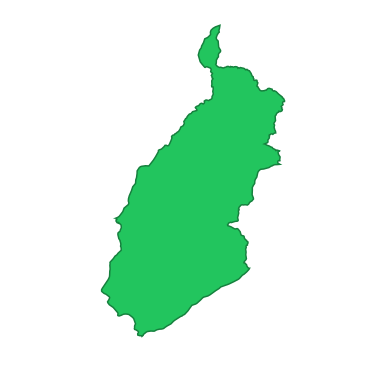 outline of Supia, Caldas, Colombia, rotated 42°
{"feature_id": "7082276B1777819545568", "entity_name": "Supia", "entity_type": "district", "adm_level": 2, "iso_a3": "COL", "parent_name": "Colombia", "parent_adm1": "Caldas", "projection": "robinson", "projection_center": [-75.644, 5.456], "detail": "fine", "context": "isolated", "style": "filled", "palette": "green", "viewbox_px": 384, "rotation_deg": 42, "n_neighbors": 0, "source": "geoboundaries", "source_scale": "gbopen_adm2", "svg_char_len": 5979}
<svg xmlns="http://www.w3.org/2000/svg" viewBox="0 0 384 384"><g transform="rotate(42 192 192)"><path d="M251.4,332.8L251.6,331.1L251.2,330.5L251.8,326.5L252.2,325.6L254.4,322.9L256.7,321.0L257.2,320.4L258.0,318.0L259.6,315.7L261.1,314.2L262.1,312.7L262.4,311.6L262.5,310.7L263.2,308.0L264.6,304.0L264.7,300.5L265.1,298.4L266.8,292.2L267.6,290.7L267.7,289.5L268.4,287.9L268.5,283.2L267.7,276.3L269.7,272.7L270.1,271.4L270.6,266.6L270.7,263.5L271.1,262.2L273.4,258.6L274.2,256.2L275.7,249.1L276.7,245.7L276.9,243.3L281.0,235.7L283.1,230.6L284.9,225.6L285.1,224.6L285.1,220.1L285.7,218.2L286.1,214.7L286.1,211.3L285.8,210.2L285.5,210.5L284.2,210.8L282.5,210.4L281.1,209.5L280.5,209.7L279.6,209.3L279.0,209.4L278.2,209.9L277.8,209.7L277.4,208.5L277.4,206.4L277.1,205.2L274.0,202.7L272.4,200.5L269.9,198.4L269.6,197.1L268.8,196.6L268.3,195.7L268.2,195.3L268.7,194.4L268.0,193.7L268.0,193.0L267.1,191.7L265.8,191.9L265.0,191.4L264.2,191.6L262.1,191.4L260.3,190.1L259.8,190.1L258.0,191.0L257.0,191.0L254.4,189.3L251.1,188.7L250.0,189.0L248.9,190.5L248.2,190.9L244.1,191.8L241.0,193.1L240.3,192.5L240.4,191.7L240.0,190.7L240.8,188.8L241.6,188.5L243.8,184.9L245.1,183.5L245.4,182.9L245.3,182.2L245.0,181.9L243.1,180.6L240.9,176.5L239.1,175.0L239.0,173.9L238.6,173.4L237.9,173.5L237.8,172.9L237.2,172.1L237.2,169.0L237.7,167.9L238.6,167.5L240.0,165.9L241.9,164.6L242.2,163.1L241.8,161.3L242.1,159.6L242.5,158.8L242.4,156.1L241.6,155.4L238.5,153.8L235.5,150.1L233.8,148.3L233.1,145.6L232.9,143.8L231.1,141.5L230.6,140.1L230.2,137.6L227.8,133.4L227.5,131.6L227.6,130.1L227.9,129.1L229.9,126.9L232.8,122.4L233.5,119.9L234.3,118.5L234.4,117.7L235.3,116.2L236.8,114.8L238.8,112.6L237.0,113.0L236.4,113.0L235.9,112.6L235.3,111.9L235.2,111.4L235.4,110.7L235.7,110.3L236.2,110.2L236.4,109.9L235.6,109.3L234.0,107.0L231.2,106.2L229.2,104.8L229.0,104.4L229.7,103.1L229.6,102.8L227.1,104.0L226.8,104.2L226.7,105.1L226.2,105.1L225.3,104.8L223.0,105.5L221.7,105.2L220.3,105.8L218.7,106.1L216.1,107.2L214.5,107.4L213.7,107.8L215.0,105.0L215.0,104.0L213.6,102.6L213.4,100.5L212.5,99.0L211.8,98.8L211.3,97.8L211.7,97.7L211.8,96.3L212.2,95.6L212.7,95.2L213.5,95.1L213.8,93.1L214.7,92.1L213.3,90.9L212.4,90.7L209.6,88.9L208.7,87.2L208.4,86.9L207.8,86.9L206.9,86.2L206.3,83.1L203.0,80.0L203.0,78.9L202.4,77.1L202.4,75.9L202.9,74.7L202.5,73.8L203.7,73.3L204.2,72.5L204.5,71.3L203.8,70.0L202.9,70.1L202.2,69.0L201.1,68.8L201.0,67.9L201.3,66.2L199.8,65.4L199.4,64.6L199.4,63.8L200.2,62.9L199.8,62.3L197.4,61.2L196.1,61.5L195.5,61.0L190.8,61.3L187.4,61.1L185.6,61.6L185.1,62.4L183.5,62.6L182.8,62.0L180.0,63.3L179.2,64.3L179.0,66.8L178.3,67.3L178.1,68.1L176.2,70.2L175.3,70.7L174.5,70.9L171.3,70.1L170.5,69.7L169.6,69.9L169.3,69.8L167.9,66.8L166.6,66.6L166.1,65.9L165.4,65.6L164.7,66.0L163.8,67.3L162.8,67.5L162.2,66.5L161.3,66.3L160.5,65.5L158.9,65.5L156.5,64.3L153.5,63.5L152.7,64.0L151.8,64.0L151.5,64.3L150.8,64.1L149.9,65.4L148.6,65.2L147.8,65.4L144.6,67.2L144.4,68.2L143.4,68.5L143.3,69.3L142.4,68.9L141.8,68.9L140.7,69.5L139.6,70.7L139.2,71.6L138.0,72.0L137.4,72.7L136.8,72.8L136.8,73.7L136.6,73.9L135.2,74.2L134.7,74.9L134.1,75.1L133.7,76.5L133.1,77.2L132.6,78.5L131.8,79.2L129.8,80.1L129.2,81.0L128.0,81.5L125.9,81.7L124.1,81.2L124.0,80.3L123.5,79.6L121.8,77.6L121.5,75.9L121.2,75.4L121.2,73.9L119.6,72.1L119.2,71.1L119.3,68.8L118.9,68.1L118.4,67.6L114.9,66.5L110.5,62.4L109.9,62.2L108.2,62.2L106.9,61.3L105.8,59.0L105.2,56.3L105.3,55.0L103.8,53.8L103.0,52.1L101.2,49.4L98.9,53.7L98.1,56.3L97.9,59.0L98.7,60.9L100.3,62.4L100.5,63.6L100.2,66.8L99.0,69.6L100.6,73.3L101.5,77.2L102.4,78.6L102.7,81.4L105.0,86.0L110.9,89.7L114.1,90.3L118.0,90.8L118.4,90.6L118.9,89.2L119.3,88.9L122.8,87.6L124.3,88.1L125.3,90.0L126.2,90.2L127.8,90.1L128.0,90.6L128.4,92.5L129.6,92.8L130.6,93.8L131.6,93.6L131.9,94.2L132.0,95.5L132.4,96.3L134.8,98.7L135.3,99.7L136.3,100.6L137.0,100.0L137.6,99.9L138.0,100.6L138.7,101.0L140.1,103.3L142.3,105.0L143.0,107.6L144.2,109.1L144.3,109.8L143.5,111.7L143.3,112.8L141.1,114.0L140.6,114.7L140.3,116.3L140.9,116.5L141.6,117.7L141.6,118.5L141.4,119.1L139.9,119.5L139.3,120.3L139.0,121.2L139.2,122.3L139.0,123.6L138.1,125.3L137.9,126.3L137.9,126.9L138.1,127.1L140.2,127.4L140.9,127.9L141.0,128.3L138.7,131.9L138.8,134.3L137.9,135.9L137.9,138.2L138.0,139.4L138.5,140.4L138.4,141.2L138.1,141.7L138.6,143.6L138.7,145.0L140.4,146.2L141.0,148.2L141.0,149.1L140.2,151.3L141.0,153.0L141.5,156.1L141.0,157.4L141.0,158.8L140.4,160.1L140.6,161.3L139.7,162.7L139.6,164.0L139.9,164.7L140.9,165.2L142.0,167.8L143.3,171.8L143.5,173.2L142.9,174.1L141.6,174.5L140.7,175.4L140.9,176.8L140.6,180.6L139.4,182.6L139.2,183.5L140.1,184.7L141.3,190.0L142.0,194.2L142.5,201.5L139.9,203.6L137.3,206.7L136.8,207.6L136.5,209.0L137.1,213.0L138.8,215.0L141.2,218.5L142.1,220.6L144.3,223.4L144.5,227.8L146.1,231.4L147.9,236.7L149.3,239.5L150.7,241.3L152.4,242.4L153.1,243.9L152.3,249.4L153.7,252.8L154.2,258.8L153.7,260.8L152.9,262.4L153.2,262.2L153.5,262.4L154.3,262.5L154.1,263.1L154.7,263.5L154.6,263.8L154.9,264.4L155.4,264.4L156.2,264.8L156.6,264.8L157.9,263.7L158.4,263.9L158.4,264.2L157.8,264.2L157.7,264.6L160.0,263.8L161.6,264.1L163.5,266.0L164.1,268.0L164.7,269.1L164.8,270.0L164.5,270.6L164.4,271.8L164.8,272.5L165.6,273.4L168.8,275.6L171.2,276.3L171.5,276.7L172.6,277.3L174.1,278.4L175.2,280.1L176.6,280.8L178.4,282.7L178.0,286.7L178.2,289.1L177.7,291.1L178.1,294.2L178.1,299.1L179.2,300.2L180.0,301.4L182.7,304.0L184.0,306.0L186.5,309.0L187.5,310.4L188.3,313.1L189.8,323.6L190.2,325.1L191.1,326.1L191.8,326.3L194.5,326.2L196.5,325.5L200.7,325.2L201.6,325.7L202.3,327.6L202.7,330.1L203.5,330.6L206.0,331.1L210.7,330.5L217.6,331.4L218.4,331.9L219.3,333.3L219.8,333.4L220.8,332.9L221.8,331.2L222.9,328.6L224.4,327.0L225.9,325.9L227.3,325.2L231.7,324.9L233.4,325.1L238.3,327.8L238.8,329.6L239.5,330.6L240.3,331.4L240.5,332.0L241.3,332.5L242.7,331.9L244.6,331.6L245.7,331.7L246.2,332.3L246.5,333.7L247.4,334.6L249.1,333.9L250.8,332.5L251.4,332.8Z" fill="#22c55e" stroke="#15803d" stroke-width="1.5"/></g></svg>